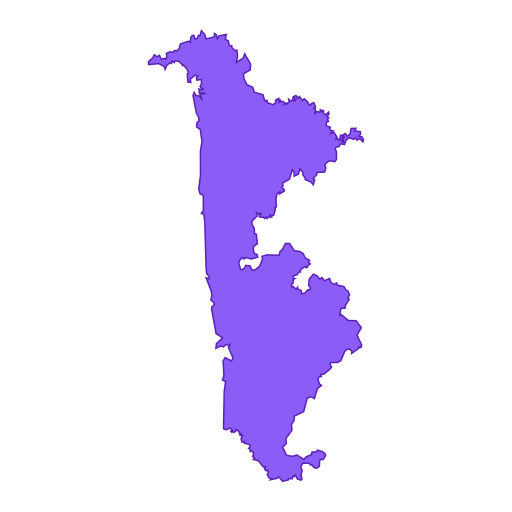 Bajo Baudó (Pizarro), Chocó, Colombia (Robinson projection)
{"feature_id": "7082276B26608751492830", "entity_name": "Bajo Baudó (Pizarro)", "entity_type": "district", "adm_level": 2, "iso_a3": "COL", "parent_name": "Colombia", "parent_adm1": "Chocó", "projection": "robinson", "projection_center": [-77.183, 5.002], "detail": "fine", "context": "isolated", "style": "filled", "palette": "violet", "viewbox_px": 512, "rotation_deg": 0, "n_neighbors": 0, "source": "geoboundaries", "source_scale": "gbopen_adm2", "svg_char_len": 6027}
<svg xmlns="http://www.w3.org/2000/svg" viewBox="0 0 512 512"><path d="M362.9,141.9L363.5,139.9L362.0,136.9L358.7,136.3L360.5,134.4L360.4,131.7L354.7,130.9L356.0,128.3L351.1,128.4L350.0,134.2L347.2,136.1L345.3,133.5L343.1,134.8L344.2,137.1L343.0,138.5L343.5,142.1L341.8,141.6L342.6,136.5L341.6,135.2L340.5,135.2L339.6,140.5L337.4,138.5L335.9,139.2L336.9,137.0L334.1,132.6L330.9,133.4L333.2,130.8L331.1,130.9L329.7,128.6L330.4,127.3L326.1,125.6L326.5,122.1L328.4,121.5L327.5,118.6L328.8,117.9L327.2,116.5L329.0,113.9L328.6,112.0L325.6,115.0L323.3,112.7L323.7,110.8L322.3,110.2L321.6,111.6L320.3,109.9L319.8,112.3L316.7,111.4L314.8,114.2L315.4,108.7L314.0,108.1L315.6,107.1L313.9,102.7L311.1,103.6L310.7,105.2L308.8,104.6L308.0,102.2L304.2,98.7L302.6,100.6L299.4,96.5L298.0,98.1L296.0,95.5L293.2,96.8L292.9,98.3L294.2,97.4L294.4,99.4L295.8,99.5L294.4,101.0L292.6,99.9L291.0,101.2L288.7,99.3L289.3,102.4L287.2,103.2L287.1,104.7L286.4,103.2L284.2,104.3L285.0,103.0L282.8,101.3L280.8,101.8L280.3,100.3L279.2,101.9L278.9,98.4L275.6,100.0L275.4,103.1L272.9,104.7L267.3,102.6L267.0,100.3L264.7,100.8L263.0,94.7L254.2,92.2L252.9,87.4L246.8,84.6L244.0,78.7L243.5,73.8L250.2,69.9L250.6,64.1L244.7,53.8L243.2,58.0L236.3,62.5L237.5,56.1L236.9,50.1L235.2,50.6L232.1,48.1L231.8,45.9L229.3,45.7L228.3,40.9L225.4,39.4L226.3,34.4L218.9,35.9L217.4,38.6L216.2,34.6L214.4,33.5L214.4,36.9L205.9,38.9L204.8,34.5L201.4,30.7L199.9,35.9L198.5,35.3L197.1,38.5L194.9,39.1L194.0,35.4L192.2,35.5L190.9,37.1L190.3,42.2L188.5,41.2L180.3,44.0L179.1,48.8L176.7,50.9L174.6,50.4L173.0,52.4L170.1,51.8L166.3,53.4L166.9,56.7L165.7,59.3L164.8,58.4L161.2,59.2L159.5,55.3L157.0,56.7L154.2,54.8L152.9,57.7L148.5,61.6L148.6,64.6L158.7,63.6L164.3,66.5L165.1,69.4L166.7,65.5L170.2,62.7L171.4,63.4L172.0,60.9L174.2,62.6L175.1,60.8L178.7,61.3L182.4,64.7L182.6,66.3L182.9,64.9L184.2,65.8L187.2,69.5L188.4,72.6L187.3,73.9L187.8,82.0L190.8,82.4L190.3,79.2L195.0,75.2L197.8,76.0L196.4,77.7L196.8,80.2L201.3,79.4L201.5,83.7L200.1,86.5L201.3,88.4L203.8,88.3L200.9,90.0L198.9,89.0L199.4,93.5L203.0,92.8L204.5,93.4L200.1,94.6L202.2,100.1L199.6,96.0L195.8,95.4L194.2,92.4L193.0,95.5L196.4,113.2L198.6,117.1L199.0,120.9L196.9,122.6L196.6,127.0L200.2,129.3L202.0,141.6L200.4,151.2L200.5,175.1L198.7,189.3L200.2,194.1L201.8,194.0L203.3,196.1L203.4,210.4L201.4,213.4L203.8,214.1L204.8,221.8L206.1,268.0L206.6,273.6L209.0,276.3L209.3,278.8L206.1,277.8L211.3,291.2L211.9,295.6L210.8,300.0L213.7,302.4L214.3,304.9L211.9,306.8L211.6,309.0L216.1,333.6L222.6,337.8L216.4,343.7L215.9,348.3L220.7,346.0L223.6,346.9L226.0,344.6L229.1,345.2L229.8,344.2L230.1,345.6L228.3,347.2L233.1,358.2L231.4,360.9L225.1,357.6L223.1,361.1L223.9,375.8L222.4,380.0L225.6,381.5L224.2,391.4L223.5,428.7L226.2,429.8L230.0,428.0L231.8,429.4L230.8,431.3L231.8,432.3L232.4,430.6L233.6,432.3L235.5,431.6L236.2,429.5L239.5,432.0L239.2,433.6L241.3,433.7L240.1,435.3L242.6,435.9L241.0,438.6L242.0,442.1L244.2,441.6L244.3,443.1L249.9,444.7L249.9,447.4L248.6,448.3L250.2,449.6L250.3,451.6L251.8,450.8L253.7,453.1L252.6,456.5L254.8,458.2L253.4,459.5L258.2,460.6L263.1,466.8L265.6,466.8L264.5,468.8L266.0,470.7L267.7,470.2L268.2,473.4L267.2,474.6L269.2,478.0L271.5,478.8L270.6,479.7L276.8,478.4L278.5,476.7L282.7,481.3L288.4,479.8L288.6,478.7L292.2,478.7L293.1,475.8L294.3,476.6L295.5,475.1L297.2,478.8L300.9,480.2L302.0,478.9L301.0,475.0L302.2,470.5L300.8,467.3L302.5,463.3L308.7,463.1L310.9,465.1L311.8,464.5L314.0,467.6L316.9,468.2L319.4,466.4L319.6,460.8L321.2,459.2L323.1,459.6L325.5,455.9L325.0,453.6L322.5,451.7L317.5,450.1L316.4,451.8L312.0,452.1L311.4,454.6L306.3,456.7L303.9,459.5L297.0,455.0L292.5,456.3L286.6,455.4L282.6,447.1L286.4,443.5L285.8,438.6L291.9,430.4L291.5,424.1L293.9,421.0L294.4,416.1L303.7,411.6L307.2,398.2L311.3,396.7L314.4,398.6L317.4,388.6L321.5,385.4L319.6,384.1L317.9,379.4L319.4,376.4L321.3,376.6L320.7,374.2L323.8,374.2L330.3,368.9L331.5,366.9L330.0,364.2L331.0,362.5L337.4,362.5L340.8,360.7L344.7,351.5L346.6,349.5L349.7,349.2L351.9,351.1L351.6,353.4L357.9,349.0L358.7,346.9L359.5,347.9L361.3,347.1L361.6,344.8L357.0,335.2L361.3,327.6L356.0,320.7L348.3,320.5L341.0,314.4L339.7,315.2L341.0,308.3L345.3,308.1L344.8,306.5L349.2,299.3L347.9,297.5L349.5,295.2L348.3,291.3L345.8,289.9L343.9,286.5L337.4,285.2L336.6,283.0L333.8,284.4L331.0,282.4L329.5,278.4L324.5,280.8L321.9,277.5L319.8,279.2L317.3,276.0L313.4,274.1L309.2,279.1L308.6,285.5L310.3,287.3L310.2,289.6L307.7,289.8L304.8,293.2L301.6,293.8L301.3,290.7L297.4,288.6L297.5,287.4L296.1,289.1L293.0,286.5L292.2,287.2L291.2,285.1L293.2,282.8L293.3,279.6L294.8,278.6L293.4,278.5L293.1,276.2L297.4,274.5L298.2,272.5L300.5,272.0L300.2,270.4L302.3,268.4L304.9,266.6L306.2,267.7L307.7,267.0L307.3,265.8L310.3,263.9L308.6,262.5L309.6,260.3L305.3,258.0L303.2,253.6L299.6,251.4L294.3,250.8L289.6,243.5L285.4,243.5L282.2,249.8L280.0,251.4L279.3,255.2L267.0,254.9L262.0,256.3L262.4,259.5L259.5,266.3L254.5,270.3L251.9,269.7L250.0,265.9L245.8,265.4L244.4,268.2L241.8,269.9L240.5,269.2L238.8,263.3L239.5,260.4L242.6,257.4L243.9,258.9L246.3,257.6L251.4,259.0L257.8,257.1L256.9,254.2L255.0,254.2L253.5,251.2L253.4,246.6L257.4,243.8L256.3,234.1L254.5,233.7L254.3,228.3L252.0,224.3L251.9,221.3L256.9,216.3L257.2,214.0L255.7,212.2L258.5,214.2L260.4,213.1L261.2,213.9L259.0,216.1L259.8,217.1L263.4,217.2L264.6,218.5L266.0,217.1L267.1,218.6L268.8,216.5L269.8,217.3L269.9,215.1L272.2,217.5L271.5,215.5L273.7,215.2L275.4,209.4L274.8,207.4L276.3,206.9L276.0,198.3L277.1,193.5L279.8,191.7L279.4,194.0L284.3,191.1L284.4,189.6L281.8,187.6L283.1,185.5L282.6,183.0L289.4,179.3L292.3,170.0L294.1,171.9L294.1,176.1L298.4,174.2L300.1,168.9L303.0,172.6L302.8,174.8L305.4,178.1L305.1,179.5L311.0,182.1L313.3,184.7L314.7,179.9L313.1,178.7L316.7,174.7L317.0,172.4L324.6,172.1L325.8,168.1L324.8,165.2L326.1,163.1L329.6,160.7L334.9,161.7L336.5,159.2L336.5,151.8L335.1,148.8L336.0,147.3L339.2,146.4L340.5,143.8L344.6,144.5L346.1,140.1L349.4,137.7L353.7,139.4L355.4,137.9L357.1,140.2L358.2,138.9L360.4,139.2L362.9,141.9Z" fill="#8b5cf6" stroke="#5b21b6" stroke-width="1.5"/></svg>